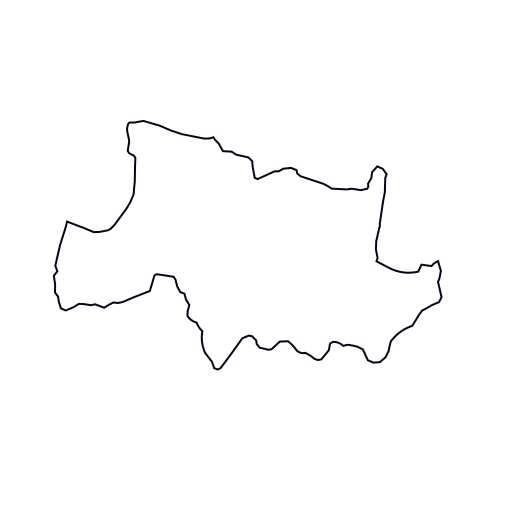 outline of As-Sanamayn, Dar`a, Syria, rotated 207°
{"feature_id": "27442178B3893178613366", "entity_name": "As-Sanamayn", "entity_type": "district", "adm_level": 2, "iso_a3": "SYR", "parent_name": "Syria", "parent_adm1": "Dar`a", "projection": "mercator", "projection_center": [36.188, 33.104], "detail": "fine", "context": "isolated", "style": "outline", "palette": "ink", "viewbox_px": 512, "rotation_deg": 207, "n_neighbors": 0, "source": "geoboundaries", "source_scale": "gbopen_adm2", "svg_char_len": 5895}
<svg xmlns="http://www.w3.org/2000/svg" viewBox="0 0 512 512"><g transform="rotate(207 256 256)"><path d="M202.3,178.1L199.8,180.0L195.9,190.6L188.7,194.6L183.6,193.3L179.0,191.4L178.8,191.3L178.6,191.2L178.4,191.1L178.2,190.9L177.9,190.8L177.6,190.7L177.4,190.6L177.2,190.5L177.1,190.4L176.9,190.4L176.6,190.3L176.4,190.2L176.0,190.1L175.8,190.1L175.7,190.0L175.3,190.0L175.1,189.9L174.9,189.9L174.7,189.9L174.3,189.9L174.0,189.9L173.8,189.9L173.5,189.9L173.4,189.9L173.2,189.9L172.9,189.9L172.8,190.0L172.6,190.0L172.3,190.0L172.1,190.1L171.9,190.1L171.6,190.2L171.4,190.3L171.2,190.3L170.7,190.5L170.3,190.7L170.1,190.8L169.9,190.9L169.6,191.0L169.4,191.1L169.1,191.3L168.9,191.5L168.7,191.6L168.5,191.8L168.4,191.9L168.2,192.1L162.0,191.9L157.1,190.9L153.5,191.4L150.8,193.7L148.3,205.2L150.3,211.6L148.2,214.6L144.8,215.9L141.0,216.2L137.3,215.6L135.4,217.4L133.4,218.8L129.2,220.1L124.5,221.2L118.4,221.3L109.0,213.9L102.9,214.3L97.4,217.7L94.6,224.6L94.7,231.8L95.5,234.2L97.1,240.9L97.0,241.5L96.9,242.0L96.7,242.8L96.6,243.6L96.4,244.2L96.4,244.4L96.2,245.0L96.1,245.5L95.9,246.3L95.8,246.5L95.7,246.8L95.6,247.3L95.4,247.8L95.2,248.4L95.1,248.6L95.0,249.1L94.9,249.4L94.8,249.6L94.6,250.1L94.5,250.4L94.3,250.9L94.2,251.2L93.9,251.7L93.7,252.2L93.6,252.4L93.4,252.9L93.3,253.1L93.1,253.4L93.0,253.6L92.8,254.1L92.5,254.6L92.3,255.1L92.1,255.3L91.8,255.8L91.6,256.3L91.3,256.7L91.0,257.2L90.9,257.4L90.7,257.7L90.4,258.1L90.1,258.6L89.8,259.0L89.5,259.5L89.2,259.9L89.0,260.1L88.7,260.5L88.3,261.0L88.0,261.4L87.7,261.8L87.3,262.2L87.1,262.4L86.8,262.9L86.4,263.3L86.0,263.7L85.9,263.9L85.5,264.3L85.1,264.6L84.4,272.9L84.2,276.3L83.3,282.6L80.6,286.4L77.1,291.9L72.0,298.0L72.0,303.6L82.1,315.6L82.2,318.5L84.5,326.7L90.7,333.2L91.3,334.1L91.5,333.9L91.7,333.7L91.9,333.5L92.0,333.3L92.2,333.1L92.3,332.8L92.5,332.6L92.6,332.4L92.8,332.1L93.0,331.9L93.1,331.7L93.3,331.5L93.4,331.2L93.5,331.0L93.6,330.8L93.8,330.5L93.9,330.3L94.0,330.1L94.1,329.8L94.2,329.6L94.3,329.3L94.4,329.0L94.5,328.8L94.6,328.5L94.6,328.3L94.7,328.0L94.8,327.7L94.9,327.2L95.0,326.7L104.6,323.4L104.4,315.7L104.6,315.5L104.9,315.3L105.3,315.0L105.8,314.6L106.0,314.4L106.3,314.2L106.7,313.9L107.0,313.7L107.3,313.5L107.8,313.2L108.2,312.9L108.7,312.6L109.1,312.3L109.4,312.1L109.7,311.9L110.2,311.6L110.6,311.4L110.9,311.2L111.2,311.0L111.7,310.8L112.0,310.6L112.3,310.4L112.7,310.3L113.1,310.0L113.6,309.8L113.9,309.7L114.4,309.5L114.8,309.3L115.2,309.1L115.6,309.0L116.1,308.8L116.4,308.6L116.7,308.5L117.2,308.3L117.6,308.2L118.1,308.0L118.4,307.9L118.9,307.8L119.4,307.6L120.1,307.4L120.4,307.3L120.9,307.2L121.3,307.1L121.7,307.0L122.2,306.9L122.6,306.8L123.1,306.7L123.5,306.6L124.0,306.5L124.4,306.4L124.9,306.4L125.3,306.3L125.7,306.2L126.2,306.2L126.8,306.1L127.3,306.0L127.9,306.0L128.5,305.9L129.0,305.9L129.6,305.9L130.2,305.8L130.8,305.8L146.2,306.0L146.8,309.5L152.1,316.2L155.6,323.8L159.0,337.4L159.1,338.8L160.5,341.1L161.2,343.5L167.4,361.8L170.1,371.2L176.3,384.3L176.7,388.1L182.6,391.2L188.6,390.9L190.6,383.3L188.6,377.8L189.0,371.1L187.5,369.1L187.4,366.5L192.4,362.3L201.0,359.5L205.4,356.5L219.1,350.4L223.8,350.9L228.9,350.9L240.0,349.2L252.4,347.3L256.7,348.2L258.9,350.9L264.8,350.4L271.4,346.1L274.0,342.0L277.9,339.8L281.5,335.3L289.5,325.3L292.6,325.0L299.0,333.4L302.5,338.8L307.6,340.4L319.5,337.3L325.1,337.9L333.0,334.4L338.6,338.1L339.3,338.6L340.1,339.2L345.4,341.0L347.9,342.5L350.4,339.9L355.4,337.1L377.4,330.9L388.7,329.2L400.9,328.4L417.5,325.3L421.2,322.6L424.0,320.3L429.5,317.3L429.8,315.3L429.2,312.5L428.5,310.5L427.1,308.3L421.9,301.9L420.6,299.6L420.2,298.1L418.0,291.4L415.7,290.0L413.5,289.9L410.9,290.1L408.3,288.9L408.0,288.6L404.5,281.0L397.9,267.5L395.5,261.4L393.0,255.2L392.4,246.8L392.9,239.6L396.2,219.4L397.8,214.3L399.6,211.7L406.2,206.5L411.4,203.6L420.9,202.9L422.1,202.9L425.6,202.4L436.2,201.3L440.0,200.9L438.6,195.0L435.5,176.6L430.4,156.2L426.0,152.1L426.1,151.4L426.3,150.8L426.4,150.1L426.6,149.4L426.7,148.7L426.9,148.0L427.0,147.4L427.1,146.6L422.1,139.5L418.5,132.2L414.0,130.0L410.8,125.6L406.1,120.8L400.7,121.1L395.4,127.5L392.1,132.9L388.1,134.8L380.6,137.3L377.5,139.9L367.8,141.0L365.2,145.3L362.0,149.8L357.7,151.4L353.9,154.5L346.3,163.6L334.7,176.6L337.6,192.3L337.3,193.3L336.2,194.7L320.0,200.1L316.9,198.3L312.5,193.2L307.2,189.5L302.6,189.9L298.6,185.4L293.1,182.0L291.9,176.1L290.4,172.4L289.3,171.1L286.9,170.1L286.6,170.0L286.3,169.9L285.9,169.9L285.5,169.8L285.2,169.7L284.9,169.6L284.5,169.6L284.2,169.5L283.9,169.5L283.5,169.5L283.2,169.4L282.8,169.4L282.4,169.4L282.1,169.4L281.7,169.4L281.4,169.4L281.1,169.4L280.7,169.4L280.4,169.4L280.0,169.5L279.7,169.5L279.4,169.5L278.9,169.6L278.6,169.7L278.4,169.5L278.1,169.2L277.9,169.0L277.7,168.8L277.3,168.6L277.1,168.4L276.8,168.2L276.6,168.0L276.3,167.8L276.1,167.6L275.8,167.5L275.5,167.3L275.3,167.1L275.0,167.0L274.7,166.8L274.4,166.7L274.2,166.5L273.9,166.3L273.6,166.2L273.3,166.1L273.0,165.9L272.7,165.7L272.4,165.6L272.1,165.5L271.8,165.4L271.4,165.2L271.1,165.1L270.8,165.0L270.5,164.9L270.2,164.8L269.9,164.7L269.6,164.6L269.5,164.2L269.4,163.7L269.1,163.1L269.1,162.9L268.9,162.5L268.8,162.3L268.7,161.8L268.5,161.4L268.3,161.0L268.2,160.8L268.1,160.4L267.9,160.0L267.7,159.6L267.6,159.4L267.4,159.0L267.3,158.8L267.1,158.4L266.9,158.0L266.8,157.8L266.5,157.4L266.3,157.0L266.1,156.6L266.0,156.4L265.9,156.2L265.6,155.8L265.4,155.4L265.3,155.2L265.0,154.9L264.8,154.5L264.6,154.3L264.4,153.9L264.1,153.6L263.8,153.2L263.6,152.9L263.4,152.7L263.2,152.3L262.9,152.0L262.7,151.8L262.6,151.6L262.3,151.3L262.0,151.0L261.5,150.5L261.2,150.1L260.9,149.8L260.6,149.5L260.1,149.0L259.8,148.7L259.5,148.4L259.0,147.9L258.6,147.6L258.1,147.2L257.8,146.9L257.2,146.5L247.3,141.8L242.3,137.1L238.6,137.5L236.7,139.9L233.8,156.6L230.8,176.6L226.2,181.8L223.1,182.7L217.4,180.8L215.4,177.9L211.1,176.0L202.3,178.1Z" fill="none" stroke="#020617" stroke-width="2"/></g></svg>